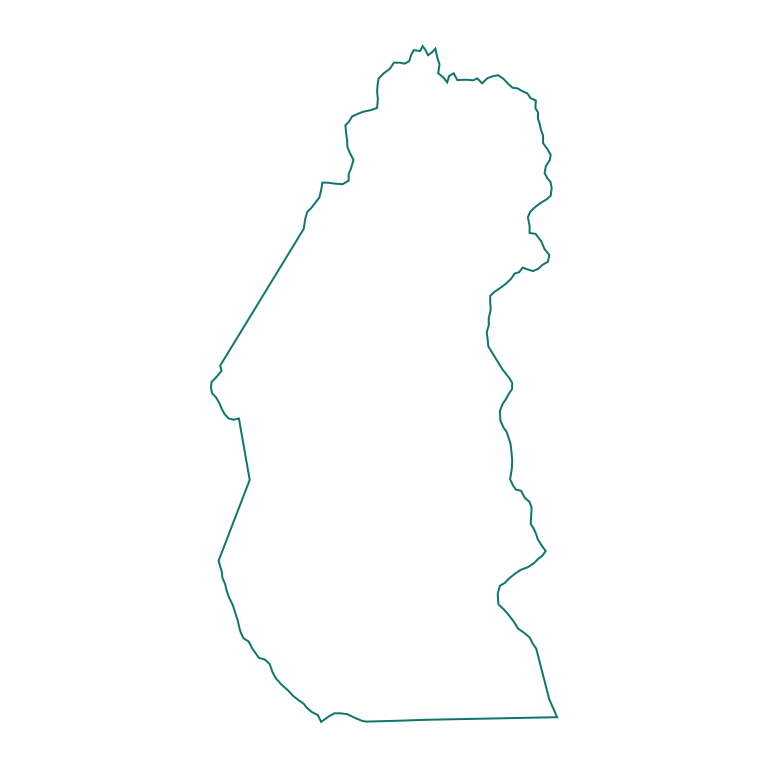 the district of Palmeiras, Bahia, Brazil
{"feature_id": "56859067B40593340252607", "entity_name": "Palmeiras", "entity_type": "district", "adm_level": 2, "iso_a3": "BRA", "parent_name": "Brazil", "parent_adm1": "Bahia", "projection": "equal_earth", "projection_center": [-41.531, -12.534], "detail": "fine", "context": "isolated", "style": "outline", "palette": "teal", "viewbox_px": 768, "rotation_deg": 0, "n_neighbors": 0, "source": "geoboundaries", "source_scale": "gbopen_adm2", "svg_char_len": 2703}
<svg xmlns="http://www.w3.org/2000/svg" viewBox="0 0 768 768"><path d="M321.1,721.9L329.0,716.3L334.3,713.3L340.4,713.3L347.4,714.2L355.4,718.1L362.4,721.0L366.6,721.6L399.5,720.7L425.6,719.8L557.1,717.2L549.2,699.1L536.2,648.6L532.9,643.9L529.8,637.7L523.9,632.6L518.1,628.7L514.0,621.9L508.3,614.5L504.1,609.8L498.4,604.3L497.7,593.6L499.9,585.8L504.8,582.9L508.5,579.0L514.2,574.3L520.6,569.9L527.9,567.2L534.7,562.5L538.4,558.7L542.4,555.7L545.7,551.0L541.5,545.3L537.9,539.5L536.0,533.8L533.8,528.8L530.7,523.9L531.6,507.5L529.4,501.8L524.7,497.7L521.0,490.7L516.0,489.7L513.1,485.6L510.1,479.4L511.8,469.0L512.2,461.4L511.6,452.9L510.5,443.6L508.6,437.8L506.6,431.8L503.5,427.6L500.4,420.5L499.9,410.8L502.8,403.7L506.2,398.7L508.9,393.6L512.0,389.2L512.2,383.0L509.4,378.2L502.4,369.3L488.3,346.4L487.7,339.6L486.7,332.2L488.8,325.3L488.7,318.5L490.7,309.6L490.1,301.4L490.3,295.8L494.0,292.2L500.0,288.1L505.5,284.1L511.2,278.6L514.7,273.5L519.3,272.1L522.6,267.6L527.7,269.4L533.0,271.1L538.2,268.8L542.7,264.7L547.9,261.8L549.3,255.0L544.5,249.0L541.3,241.4L535.6,233.9L529.6,233.0L529.6,225.9L527.9,217.3L530.1,212.0L534.5,207.6L540.4,203.1L546.2,199.6L550.7,195.7L551.7,188.1L550.5,181.9L547.5,178.5L544.6,173.0L545.9,166.2L549.7,160.2L550.7,154.9L547.5,149.3L543.1,143.2L543.0,135.4L540.9,129.5L539.6,123.8L538.0,118.6L538.0,112.4L535.4,108.1L535.8,100.5L530.5,98.1L527.3,93.3L522.6,91.3L517.6,88.4L512.5,87.7L508.8,84.5L503.4,78.8L498.0,75.2L493.0,76.2L487.4,78.2L482.1,83.3L477.3,78.4L473.1,80.3L466.1,79.7L457.3,80.1L453.7,73.3L449.2,75.9L447.2,82.4L443.6,77.7L438.2,73.2L439.5,64.3L437.3,57.5L435.3,48.6L431.8,52.5L428.0,55.2L425.5,50.1L422.6,46.1L420.2,51.0L413.7,50.2L411.2,54.8L409.2,61.2L404.6,63.7L400.1,62.7L393.9,62.7L389.8,68.8L383.5,73.5L378.6,78.6L377.5,85.7L377.1,91.9L377.9,98.7L377.1,107.9L371.2,110.0L367.2,110.9L363.0,111.8L357.9,113.8L352.1,116.5L349.0,121.7L345.4,125.3L346.1,132.8L347.2,141.1L347.4,147.0L349.8,152.8L353.5,159.9L350.9,168.7L348.7,174.2L348.7,180.6L342.6,184.2L334.4,183.6L328.1,182.7L322.3,182.7L321.2,190.1L319.3,197.6L315.2,202.9L310.9,208.4L307.2,212.0L305.2,219.1L303.7,228.9L220.2,365.6L221.5,370.9L216.4,377.1L211.6,381.9L210.9,387.4L212.2,393.4L215.9,397.2L219.5,403.4L221.7,408.7L224.5,414.0L228.7,418.5L233.7,419.7L238.9,418.5L249.7,479.9L218.6,560.7L220.4,567.2L221.9,572.2L222.4,577.7L225.2,584.3L226.4,589.8L229.1,597.7L232.7,604.9L235.3,613.0L237.9,621.1L239.3,627.6L240.8,632.6L243.5,638.3L248.7,641.5L252.3,648.5L258.7,657.7L265.2,659.8L269.6,664.0L272.7,672.5L276.0,678.5L282.1,685.2L288.3,690.6L293.1,695.9L298.0,699.8L303.5,703.6L306.7,707.6L311.6,711.9L317.9,715.1L321.1,721.9Z" fill="none" stroke="#0f766e" stroke-width="2"/></svg>